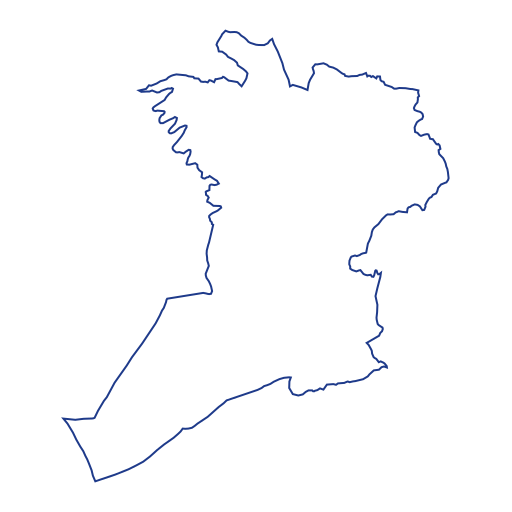 outline of Los Reyes, Veracruz, Mexico
{"feature_id": "50627088B91246987771554", "entity_name": "Los Reyes", "entity_type": "district", "adm_level": 2, "iso_a3": "MEX", "parent_name": "Mexico", "parent_adm1": "Veracruz", "projection": "orthographic", "projection_center": [-97.042, 18.672], "detail": "fine", "context": "isolated", "style": "outline", "palette": "blue", "viewbox_px": 512, "rotation_deg": 0, "n_neighbors": 0, "source": "geoboundaries", "source_scale": "gbopen_adm2", "svg_char_len": 5967}
<svg xmlns="http://www.w3.org/2000/svg" viewBox="0 0 512 512"><path d="M63.4,418.6L67.5,423.6L73.0,432.7L76.3,439.6L80.3,446.6L83.3,451.2L85.4,455.9L87.2,459.3L88.9,463.4L91.6,470.3L92.9,475.7L95.3,481.3L115.2,474.6L128.5,469.3L136.3,465.4L143.2,461.7L150.0,456.5L157.2,450.0L164.2,444.4L173.6,437.8L178.2,433.8L180.6,431.5L182.7,428.6L185.3,428.8L188.3,428.6L191.9,427.8L194.7,425.9L197.5,423.6L207.6,416.9L218.7,407.0L223.7,403.2L226.6,400.4L257.6,389.9L261.6,388.0L264.1,386.1L267.1,385.2L270.4,383.9L273.8,381.7L279.5,379.1L284.0,377.8L289.1,377.3L290.8,377.5L289.4,381.5L289.2,388.0L292.8,394.1L298.3,395.5L302.8,394.4L305.7,391.9L308.5,390.4L312.2,390.4L313.0,391.2L314.1,391.3L314.8,390.8L317.4,390.1L320.0,388.4L323.4,389.6L326.9,384.6L333.4,384.1L336.0,384.8L338.0,383.4L344.3,382.9L346.8,381.8L347.8,381.5L349.6,382.2L353.0,381.4L355.3,381.1L363.1,379.2L367.8,376.4L369.5,374.3L373.8,370.4L379.0,369.7L381.5,367.2L384.0,366.5L386.9,367.5L386.7,366.1L384.7,363.6L383.5,362.7L380.7,361.4L378.8,362.2L376.3,358.9L374.7,358.0L373.6,357.1L372.1,353.6L371.8,350.9L371.3,349.7L368.7,345.0L366.7,342.9L379.1,335.7L380.3,332.9L382.0,331.3L382.8,329.0L382.5,327.6L378.7,325.1L377.7,324.0L376.7,319.8L376.5,317.7L377.1,312.3L377.4,304.8L375.5,296.1L377.4,288.0L380.3,277.0L380.9,272.9L379.4,274.1L378.2,274.3L377.3,272.9L376.6,270.6L375.8,270.3L375.3,270.7L374.2,275.2L373.4,276.8L371.9,276.6L370.7,274.8L367.3,275.3L365.3,274.8L363.5,274.0L360.4,270.1L359.1,270.4L356.3,271.4L352.2,270.0L350.2,268.6L350.2,266.4L349.3,264.4L349.3,263.1L349.5,260.6L350.8,257.4L351.5,256.6L355.0,255.5L356.8,256.1L359.8,255.0L361.2,254.0L363.1,253.3L365.9,252.8L366.2,252.6L367.9,243.6L369.4,240.6L371.3,235.7L371.9,232.0L372.8,229.5L374.4,227.4L378.4,224.1L382.1,219.2L386.1,215.3L387.6,214.4L390.1,214.5L393.6,214.2L395.8,212.3L396.6,212.1L398.7,211.2L402.4,211.9L407.0,212.3L407.6,208.5L408.6,207.3L410.3,206.9L411.5,205.8L414.7,204.4L417.6,204.9L419.9,206.4L422.4,210.2L424.2,209.9L425.5,206.7L425.3,205.0L426.8,202.0L428.9,198.6L430.2,197.5L431.4,197.1L432.9,194.8L436.1,193.5L437.2,191.4L438.2,187.8L441.0,184.5L445.4,182.7L446.4,182.4L448.1,179.9L448.6,178.2L447.9,172.0L447.3,168.9L446.3,166.5L445.7,163.7L444.9,161.6L443.2,158.2L439.3,154.2L438.8,152.2L438.6,150.1L440.4,148.9L439.6,145.4L438.3,144.0L437.2,144.5L436.1,143.8L432.8,139.1L431.6,139.1L430.0,138.7L429.7,137.6L428.5,134.5L427.1,134.1L425.9,134.3L424.1,134.7L421.0,135.9L419.5,135.1L417.5,132.9L415.1,132.0L414.6,127.5L415.4,125.4L416.9,122.3L418.7,120.8L420.6,119.6L422.1,119.0L423.1,116.5L422.6,114.1L421.3,112.6L419.9,111.8L417.3,111.1L414.6,110.0L413.9,108.1L414.5,106.5L415.6,104.5L417.4,102.5L417.9,99.3L417.8,97.4L419.1,96.1L418.1,92.7L418.4,90.4L412.5,89.1L410.3,89.0L405.6,88.2L399.3,88.0L396.0,88.7L394.2,88.7L391.7,87.0L385.1,84.8L383.6,81.8L381.6,81.2L380.4,79.9L380.0,76.5L377.2,76.4L376.3,78.4L372.9,76.1L371.3,77.0L370.0,75.8L368.3,75.7L367.3,76.4L366.0,73.0L362.2,74.6L359.6,74.9L357.2,76.0L351.4,76.2L348.7,76.6L345.1,75.9L344.5,74.3L343.3,74.0L341.8,73.2L336.8,69.4L333.2,67.6L329.2,66.6L326.9,64.7L323.5,63.3L317.2,64.4L315.3,64.3L312.6,67.5L313.0,69.3L313.6,70.8L314.0,73.2L310.1,79.7L308.7,83.1L307.5,90.0L301.3,87.4L292.8,84.9L290.0,86.4L288.6,79.7L284.0,69.6L282.4,63.2L277.8,51.6L274.0,44.1L272.2,38.9L269.9,40.5L267.8,43.3L264.1,45.1L258.7,45.0L256.0,44.7L250.4,42.9L248.4,41.8L246.7,39.8L244.4,37.7L241.2,35.6L238.8,33.2L236.7,32.2L234.4,32.0L230.2,32.2L228.3,31.8L225.5,30.7L222.1,34.3L221.4,35.9L217.4,42.3L216.5,44.8L217.9,47.4L218.8,51.4L222.2,51.7L226.1,54.5L228.0,56.9L231.4,58.6L234.1,60.1L237.0,62.7L237.8,65.4L243.2,69.0L246.0,71.4L247.5,73.4L246.4,78.3L245.1,80.8L241.6,86.3L239.3,84.1L237.5,82.1L231.3,81.0L228.6,80.6L224.3,77.3L223.0,76.8L221.9,78.0L216.8,79.1L215.5,79.1L214.1,82.2L210.8,80.5L209.4,80.2L207.7,82.4L205.3,81.7L203.3,81.9L201.0,81.6L198.5,78.6L194.3,78.3L193.4,76.9L188.6,76.3L185.9,75.3L176.4,74.4L173.3,75.1L171.3,75.8L169.2,76.9L168.0,77.7L166.5,79.3L164.3,80.1L160.4,81.2L156.7,83.5L151.1,85.7L149.0,85.3L146.1,88.9L139.0,90.5L141.3,91.8L147.5,91.5L149.5,91.5L152.1,90.5L157.0,92.5L159.4,92.2L161.3,90.9L167.9,88.5L170.5,88.6L171.7,88.0L173.0,88.7L172.0,91.9L170.2,93.0L169.0,94.0L166.1,97.4L164.6,100.0L155.1,106.1L153.4,107.4L152.7,108.5L153.4,110.4L154.3,110.8L155.8,111.1L157.3,110.6L164.0,111.2L164.6,111.8L164.5,112.9L163.1,114.6L161.4,115.4L159.6,118.2L159.3,120.1L159.5,121.8L160.5,123.1L163.1,123.1L169.5,119.7L173.1,118.2L174.9,117.0L176.9,118.0L176.6,120.0L175.0,123.7L170.5,128.4L168.7,131.0L168.7,132.1L169.7,133.2L171.1,133.4L174.3,132.1L179.7,127.6L185.0,125.5L186.5,125.8L186.6,127.1L184.7,130.4L183.8,132.7L181.7,136.0L176.9,142.1L174.0,145.2L172.7,147.1L172.6,148.6L173.3,150.0L176.0,152.3L177.5,152.4L179.4,152.1L183.7,153.4L185.9,151.6L188.7,149.8L190.3,150.1L190.6,151.6L190.2,154.0L189.5,155.8L188.3,157.6L187.7,159.4L187.4,161.1L186.5,163.2L186.8,164.5L189.3,164.7L195.2,163.2L197.3,164.7L197.5,167.7L199.2,170.2L202.1,172.3L201.9,175.1L201.5,177.0L202.9,178.2L204.8,178.6L206.7,177.4L208.4,177.1L209.6,176.0L214.6,179.4L217.0,180.8L218.8,183.6L216.6,184.7L214.5,185.1L211.5,184.5L210.3,184.8L209.5,185.9L209.4,190.1L206.2,191.4L205.7,192.0L206.0,193.5L206.0,194.8L207.7,196.0L208.7,197.6L207.4,200.1L207.2,201.7L209.7,202.8L213.4,205.8L219.8,206.0L220.8,206.4L221.2,207.7L217.8,210.5L216.6,211.2L212.7,213.0L210.6,214.5L209.2,215.9L209.1,217.1L209.9,218.9L210.2,220.7L211.8,222.3L211.9,224.0L213.2,224.8L209.0,242.6L208.3,244.6L206.8,250.4L206.6,253.7L207.1,257.6L207.2,260.4L208.2,263.4L208.8,265.9L205.7,273.7L205.8,275.4L206.5,277.9L208.8,281.2L210.1,283.9L211.1,286.5L212.1,291.1L211.0,293.8L209.2,294.1L207.8,293.9L205.9,293.4L203.2,292.9L167.2,298.7L166.5,299.9L166.0,302.2L163.8,307.9L162.0,310.6L159.9,315.3L155.6,323.4L142.1,343.6L132.0,357.2L126.7,365.6L114.6,382.7L106.8,397.2L103.9,400.9L98.0,410.8L94.6,417.8L93.5,418.3L92.1,418.5L83.6,418.8L75.3,419.8L63.4,418.6Z" fill="none" stroke="#1e3a8a" stroke-width="2"/></svg>